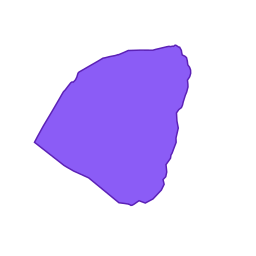 Wad Al Mahi, Blue Nile, Sudan (Natural Earth projection), rotated 238°
{"feature_id": "16777658B66589666845183", "entity_name": "Wad Al Mahi", "entity_type": "district", "adm_level": 2, "iso_a3": "SDN", "parent_name": "Sudan", "parent_adm1": "Blue Nile", "projection": "natural_earth1", "projection_center": [34.827, 11.596], "detail": "fine", "context": "isolated", "style": "filled", "palette": "violet", "viewbox_px": 256, "rotation_deg": 238, "n_neighbors": 0, "source": "geoboundaries", "source_scale": "gbopen_adm2", "svg_char_len": 1368}
<svg xmlns="http://www.w3.org/2000/svg" viewBox="0 0 256 256"><g transform="rotate(238 128 128)"><path d="M165.4,41.1L130.2,53.9L127.6,55.2L120.3,59.1L106.6,68.2L69.4,80.7L68.2,82.2L65.9,85.0L63.4,87.9L61.9,89.0L60.8,89.5L60.3,90.8L60.2,92.8L60.5,98.8L55.2,102.9L54.6,111.6L57.7,123.4L61.1,128.8L65.7,130.4L66.7,134.2L70.1,137.5L73.7,139.3L76.8,140.8L79.8,148.0L82.2,150.0L83.4,152.2L85.9,155.4L90.3,161.2L94.1,163.4L101.3,170.6L108.0,173.2L115.1,177.1L116.7,180.8L117.0,184.1L118.5,186.3L120.8,188.6L125.0,193.5L125.5,194.1L127.4,196.8L131.0,200.6L133.6,202.1L137.1,203.8L138.2,206.3L138.8,207.5L141.1,210.1L144.0,211.8L146.9,212.4L149.9,212.2L153.6,213.9L156.7,214.9L158.7,214.3L161.2,212.7L163.5,213.5L165.6,214.4L168.9,214.6L169.2,214.6L169.8,213.8L171.1,213.3L172.9,212.4L173.3,211.6L173.1,209.9L173.8,209.1L174.5,207.2L175.0,206.6L175.5,206.1L176.3,204.1L180.1,192.8L180.8,190.3L187.4,179.9L193.1,170.1L193.6,169.3L194.2,164.8L195.2,158.6L195.3,158.5L195.5,158.4L196.2,155.6L198.3,150.2L199.8,145.5L200.5,143.8L200.6,138.5L201.0,127.6L201.4,116.1L201.0,114.7L199.8,113.3L198.3,111.6L198.0,111.1L196.7,109.0L195.9,106.0L196.7,104.9L196.7,104.1L196.7,103.5L195.2,99.3L195.0,98.8L193.4,94.5L193.1,93.0L193.0,92.7L192.9,92.4L191.5,89.7L189.5,86.0L182.7,73.1L176.7,61.4L174.7,57.5L168.8,46.9L165.4,41.1Z" fill="#8b5cf6" stroke="#5b21b6" stroke-width="1.5"/></g></svg>